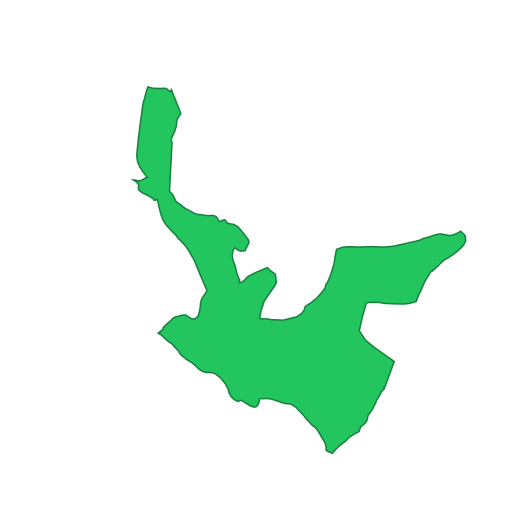 outline of Marisule, Gros Islet, Saint Lucia, rotated 303°
{"feature_id": "8701671B53143424756117", "entity_name": "Marisule", "entity_type": "district", "adm_level": 2, "iso_a3": "LCA", "parent_name": "Saint Lucia", "parent_adm1": "Gros Islet", "projection": "albers", "projection_center": [-60.968, 14.046], "detail": "fine", "context": "isolated", "style": "filled", "palette": "green", "viewbox_px": 512, "rotation_deg": 303, "n_neighbors": 0, "source": "geoboundaries", "source_scale": "gbopen_adm2", "svg_char_len": 6144}
<svg xmlns="http://www.w3.org/2000/svg" viewBox="0 0 512 512"><g transform="rotate(303 256 256)"><path d="M253.0,111.7L253.0,115.3L252.3,117.6L251.4,119.1L249.8,119.9L248.7,120.4L247.4,122.3L247.1,127.2L247.7,130.5L248.0,133.7L248.0,138.9L247.2,140.2L247.6,140.9L249.5,142.2L248.4,143.9L244.6,147.6L241.9,150.5L238.7,154.2L235.8,158.0L234.5,160.5L233.7,162.4L232.6,165.5L230.7,172.9L229.7,178.2L228.6,180.1L227.9,184.3L226.8,188.7L225.7,192.2L223.6,197.2L221.0,202.0L219.8,204.7L218.3,207.3L210.3,218.7L200.8,233.0L200.2,233.7L197.0,233.9L193.0,233.8L190.1,233.9L188.5,234.4L185.9,235.3L183.7,236.6L182.3,237.3L180.7,237.9L178.9,238.8L177.0,239.4L175.2,239.9L173.7,240.0L171.8,239.7L170.2,239.0L168.9,237.6L168.3,236.3L168.2,234.4L168.3,232.4L168.3,230.5L168.0,228.7L166.0,226.1L162.3,222.9L161.1,221.6L159.5,220.7L158.1,220.2L155.3,219.7L151.9,218.6L147.7,217.6L145.6,217.2L144.2,217.6L143.9,217.9L138.6,216.1L139.0,217.1L138.3,217.0L138.0,216.8L138.2,219.4L138.2,220.0L137.3,224.2L137.2,225.6L136.5,229.0L136.5,231.9L136.5,232.6L136.4,234.0L136.2,235.0L135.4,237.0L134.8,239.9L134.5,240.7L134.4,241.7L133.8,243.5L133.4,244.1L132.4,246.3L132.0,247.9L131.7,251.9L131.4,253.1L131.5,256.9L131.5,258.7L131.6,259.5L131.6,260.6L130.7,266.7L130.4,267.8L130.1,269.5L130.0,271.8L130.1,273.7L130.5,275.7L130.7,276.2L131.2,277.6L132.2,279.3L132.6,279.9L133.5,281.4L134.7,284.2L134.9,285.0L135.0,286.4L134.9,287.8L134.4,292.7L133.8,294.9L133.1,296.8L132.5,298.8L132.1,299.8L131.6,300.7L131.2,301.4L130.3,303.1L129.3,304.8L128.4,306.0L126.8,307.6L126.1,308.6L124.7,311.4L124.6,311.7L124.1,313.8L123.8,315.2L123.7,316.1L123.9,318.1L124.3,320.1L124.6,320.5L126.3,321.4L126.7,321.9L127.0,322.6L127.1,324.9L127.0,328.0L127.2,333.4L128.1,336.2L128.4,336.9L128.7,337.4L129.2,337.9L130.1,338.3L131.4,338.5L132.9,338.5L134.0,338.4L135.3,338.1L137.6,337.0L138.3,336.9L138.5,337.0L139.2,337.8L139.6,338.8L140.0,339.4L141.5,341.4L142.9,343.7L143.9,345.6L144.3,346.5L144.6,347.4L144.9,348.8L145.3,349.9L145.8,352.5L146.2,353.5L146.5,354.5L146.9,356.7L148.5,361.5L149.0,362.6L149.7,363.5L150.2,364.6L150.7,366.4L150.9,367.8L150.9,369.2L150.9,370.6L150.9,371.7L150.9,372.6L150.5,373.7L150.0,375.0L149.7,376.4L149.0,379.4L148.8,380.6L148.6,381.7L148.3,382.2L148.2,383.0L146.7,386.8L146.5,387.8L146.4,388.9L145.6,391.8L145.4,392.3L144.8,394.5L144.8,395.0L144.6,395.8L144.3,399.4L143.8,401.5L143.2,402.9L141.2,407.1L141.0,407.6L140.2,408.7L138.0,413.4L136.9,415.5L136.8,415.9L136.4,416.5L135.7,417.1L135.1,417.4L134.4,418.3L134.2,418.5L133.8,419.0L133.5,419.3L133.2,419.5L132.1,420.0L131.8,420.0L131.4,420.6L131.2,421.7L131.2,422.9L131.3,423.4L131.7,424.8L132.1,427.6L133.2,427.5L136.3,428.0L139.0,428.6L142.8,429.5L149.7,432.1L153.9,432.6L160.2,435.3L164.8,438.0L169.7,436.8L170.6,437.2L174.4,438.3L176.1,438.6L177.5,438.7L179.4,438.4L182.7,437.0L184.5,436.7L186.6,437.1L191.6,437.1L195.3,436.6L197.9,436.4L200.8,435.7L202.4,435.5L204.3,435.7L208.5,435.4L210.2,435.1L214.7,435.9L215.6,434.6L216.6,435.4L242.8,429.4L243.8,404.3L245.2,393.3L249.6,383.3L263.2,378.3L276.6,374.2L278.4,375.8L283.5,383.5L286.8,390.6L291.0,397.7L295.8,405.5L299.7,410.4L305.1,415.1L308.7,414.4L310.2,414.0L311.0,413.8L313.6,413.5L316.4,413.2L320.3,412.5L326.3,411.5L333.7,411.3L336.0,411.3L337.3,411.0L338.2,411.4L339.3,412.1L340.3,412.1L341.3,412.7L342.3,413.0L343.3,413.0L344.8,413.4L345.9,413.8L346.8,414.1L347.8,414.3L349.3,414.5L350.4,414.9L351.6,414.9L352.6,415.2L354.1,415.8L355.0,415.9L356.1,416.4L358.2,417.7L360.0,418.6L362.6,419.6L363.3,420.0L364.5,420.5L366.7,421.2L368.6,422.0L373.4,423.2L374.5,423.6L376.9,423.9L378.0,424.2L379.0,424.0L379.9,424.0L383.4,423.4L385.4,421.5L387.1,420.1L388.3,414.2L387.5,413.9L386.2,413.2L383.3,411.5L381.4,410.0L380.4,409.2L379.7,408.3L378.7,407.4L377.7,405.1L377.4,404.4L376.9,402.9L376.0,400.9L374.9,398.6L373.8,397.2L373.3,396.7L372.6,396.1L370.7,394.3L369.5,393.4L366.2,390.7L363.5,388.3L361.8,386.7L359.6,385.5L356.6,383.1L338.9,365.8L332.9,358.1L327.0,348.1L319.7,337.6L314.0,328.3L310.7,324.0L305.4,319.9L300.4,321.9L291.3,325.9L280.3,329.0L272.6,330.4L270.5,330.0L266.9,331.3L261.4,331.0L253.9,329.9L246.8,327.6L240.5,324.8L236.4,325.9L233.1,325.6L227.3,323.4L222.1,318.5L216.8,313.5L212.8,306.5L211.4,304.4L210.7,303.2L210.5,302.6L209.5,300.0L207.0,295.9L205.6,293.2L207.0,292.5L213.0,290.0L222.9,287.4L242.1,288.0L245.4,287.2L244.9,286.9L248.8,284.5L251.3,281.9L251.5,276.0L252.5,271.8L247.7,268.6L245.9,267.5L243.0,265.4L238.4,262.6L236.2,261.4L235.0,260.7L233.4,260.1L229.9,259.6L228.0,259.0L226.0,258.0L225.3,257.3L224.5,256.7L227.2,255.2L227.3,254.6L227.9,253.6L231.3,249.1L233.2,247.0L235.3,245.0L236.2,243.9L236.6,243.5L238.9,240.4L240.4,238.6L242.0,237.0L243.7,235.5L244.6,235.1L245.4,235.0L247.4,234.0L248.4,233.7L249.7,233.6L250.9,234.0L251.5,234.4L251.5,235.0L251.3,236.2L251.2,237.0L251.2,238.2L251.4,238.9L251.9,240.7L252.4,241.5L253.6,242.7L254.1,243.4L254.6,244.0L255.2,243.7L256.0,243.6L261.9,243.0L263.2,242.8L264.1,242.5L265.4,240.8L265.7,240.1L267.7,234.4L268.5,232.2L270.7,224.9L270.3,219.8L268.5,216.0L268.2,214.8L268.1,213.9L268.4,213.0L268.5,212.4L269.3,210.7L269.3,210.1L269.0,209.7L267.5,208.3L265.9,207.2L265.4,207.0L265.2,206.7L264.9,206.4L265.0,205.9L266.0,204.4L266.8,202.3L267.3,201.3L267.4,200.8L267.0,199.3L266.6,198.1L266.2,197.2L264.0,194.3L263.3,193.1L262.5,191.5L260.7,187.3L258.8,183.8L258.4,181.5L258.2,180.7L258.0,179.4L258.1,178.3L257.6,173.1L257.4,170.6L257.8,165.2L258.0,162.1L258.3,158.8L259.2,157.6L260.8,154.9L261.5,153.9L261.9,153.0L263.3,148.1L305.7,123.6L306.8,121.5L310.2,120.8L315.9,120.0L317.4,119.6L321.1,118.5L322.5,117.9L327.4,115.4L334.5,115.4L349.4,94.5L346.9,94.6L347.2,93.6L347.3,91.2L347.5,90.4L347.5,89.6L347.2,88.5L346.4,87.3L343.7,83.5L342.7,81.7L341.3,79.6L340.6,78.3L339.4,74.8L339.0,73.3L333.3,74.7L330.6,75.6L327.4,76.8L325.3,77.3L323.6,77.8L319.6,79.4L312.5,82.9L310.4,83.7L306.8,85.4L304.3,86.7L290.6,93.3L285.0,96.2L277.8,99.9L275.3,101.3L272.5,103.6L269.9,106.1L267.3,110.2L265.2,115.0L263.8,118.8L262.9,122.0L261.8,121.0L259.9,120.2L258.1,119.2L256.4,118.2L255.8,117.5L255.0,116.2L253.5,112.5L253.0,111.7Z" fill="#22c55e" stroke="#15803d" stroke-width="1.5"/></g></svg>